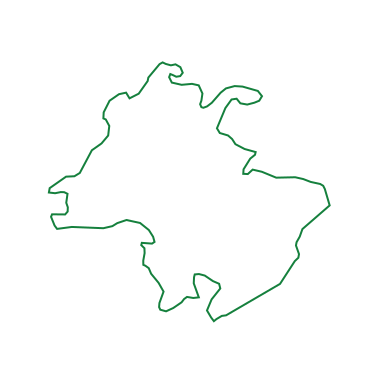 the Province of Hamadan, rotated 296°
{"feature_id": "IRN-3233", "entity_name": "Hamadan", "entity_type": "Province", "adm_level": 1, "iso_a3": "IRN", "parent_name": "Iran", "parent_adm1": "", "projection": "orthographic", "projection_center": [48.6, 34.872], "detail": "fine", "context": "isolated", "style": "outline", "palette": "green", "viewbox_px": 384, "rotation_deg": 296, "n_neighbors": 0, "source": "natural_earth", "source_scale": "10m", "svg_char_len": 1847}
<svg xmlns="http://www.w3.org/2000/svg" viewBox="0 0 384 384"><g transform="rotate(296 192 192)"><path d="M295.6,108.8L295.6,112.3L296.6,117.5L299.5,121.2L299.1,126.8L295.1,131.4L291.0,130.6L288.7,127.3L288.7,123.6L288.5,120.8L285.2,121.1L281.5,125.9L283.8,135.7L289.2,144.6L290.8,151.3L285.1,158.2L278.2,160.4L274.5,160.8L272.4,163.2L272.7,165.3L275.5,168.0L280.9,170.7L293.8,174.2L300.0,177.1L305.9,183.9L308.9,191.2L311.7,206.9L308.8,212.9L303.5,212.4L299.6,208.9L294.8,203.3L292.9,196.6L295.4,191.2L292.5,187.0L282.1,185.2L260.2,186.5L257.2,191.1L258.6,199.6L257.2,204.8L254.0,210.1L253.7,220.4L255.8,231.7L253.1,232.3L247.5,229.7L235.0,228.4L230.8,230.1L232.6,234.3L238.7,236.7L240.8,245.9L241.8,261.4L250.5,278.3L252.4,286.3L253.1,294.3L255.4,303.7L255.1,307.2L252.9,310.1L240.3,321.6L207.1,307.5L199.1,308.4L192.7,308.0L189.5,308.9L183.1,315.4L179.5,316.4L175.0,314.7L148.0,311.4L96.1,276.7L93.7,273.1L88.5,269.7L85.5,268.3L87.6,264.2L92.1,257.4L104.1,256.7L117.7,259.7L121.4,256.6L121.1,249.8L122.5,240.1L121.3,234.2L119.1,230.6L116.3,231.2L110.7,233.6L100.3,244.3L97.3,239.6L95.5,233.5L92.3,231.8L88.3,231.0L79.5,226.0L73.4,221.0L72.3,215.1L74.1,212.9L77.9,211.4L90.0,210.1L95.7,201.8L100.6,191.1L104.6,186.5L105.3,182.4L105.2,180.2L108.9,178.3L116.3,176.2L120.6,173.9L122.0,169.7L124.3,169.2L128.1,178.7L130.7,180.2L134.7,176.7L138.9,169.9L141.4,158.9L138.1,145.4L131.3,138.5L126.4,135.4L120.6,128.2L107.9,99.3L99.7,86.9L101.6,83.2L107.9,76.2L110.6,76.0L116.2,87.8L119.9,88.8L123.8,87.1L127.2,83.7L135.8,80.9L135.8,77.2L134.4,74.1L130.9,69.5L128.8,63.6L133.1,62.4L150.6,72.1L154.6,79.4L159.9,82.8L185.6,83.7L196.0,89.4L206.0,91.9L215.1,88.7L219.4,82.7L219.3,80.1L224.9,77.7L237.9,77.9L247.9,83.5L252.4,89.2L248.8,94.8L257.0,101.0L272.3,103.5L275.7,102.6L292.7,106.8L295.6,108.8Z" fill="none" stroke="#15803d" stroke-width="2"/></g></svg>